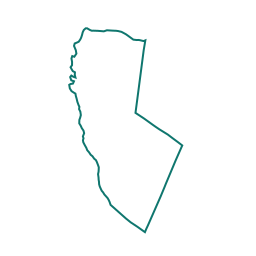 outline of Alto Piquiri, Paraná, Brazil, rotated 170°
{"feature_id": "56859067B25511421043506", "entity_name": "Alto Piquiri", "entity_type": "district", "adm_level": 2, "iso_a3": "BRA", "parent_name": "Brazil", "parent_adm1": "Paraná", "projection": "equal_earth", "projection_center": [-53.368, -24.091], "detail": "fine", "context": "isolated", "style": "outline", "palette": "teal", "viewbox_px": 256, "rotation_deg": 170, "n_neighbors": 0, "source": "geoboundaries", "source_scale": "gbopen_adm2", "svg_char_len": 1616}
<svg xmlns="http://www.w3.org/2000/svg" viewBox="0 0 256 256"><g transform="rotate(170 128 128)"><path d="M173.9,127.5L173.6,125.6L174.5,123.8L174.5,121.7L173.6,118.8L172.5,115.7L172.0,113.2L170.6,110.9L169.4,108.1L167.9,106.4L166.6,103.6L165.2,102.0L164.6,100.0L164.0,96.9L163.6,94.4L164.1,92.0L164.6,90.0L165.5,87.8L165.6,84.5L165.9,82.0L165.9,80.1L166.2,77.7L166.0,75.5L165.4,73.0L164.8,70.8L163.7,68.9L162.8,66.6L161.6,64.7L160.2,62.4L159.5,60.4L159.0,58.5L158.5,55.3L145.8,39.3L141.7,34.6L135.8,29.0L129.4,22.5L127.5,25.5L125.3,28.6L107.7,55.0L102.2,63.6L100.6,66.2L86.7,87.8L77.6,101.4L81.1,105.2L86.5,110.9L89.9,114.6L97.3,121.2L100.4,124.2L102.8,126.6L110.6,134.6L118.0,141.6L114.3,153.3L99.0,202.0L95.7,211.3L97.6,210.9L101.2,212.5L102.5,212.9L104.1,213.1L107.4,214.1L112.3,219.2L113.9,220.8L116.3,222.7L117.7,223.8L120.9,225.2L122.8,225.8L126.0,226.5L131.8,227.9L135.0,227.4L140.7,228.9L144.9,229.8L146.8,230.1L148.4,231.1L151.0,233.3L152.4,233.5L154.5,232.2L156.0,230.1L157.1,227.6L158.5,225.0L159.7,223.4L161.6,221.5L163.5,221.0L165.8,220.5L166.9,218.2L165.9,213.7L165.9,210.2L168.5,207.5L170.4,208.5L171.6,206.3L171.6,202.8L172.2,199.6L174.0,197.8L173.3,195.7L172.5,193.6L170.6,192.1L171.2,189.5L171.0,186.8L173.0,188.0L174.7,189.5L176.1,188.2L175.6,184.8L173.1,183.4L174.5,181.3L177.0,181.3L178.4,180.7L178.4,177.0L177.2,174.1L175.3,172.3L173.8,171.0L173.8,168.6L173.5,165.9L173.3,162.5L172.7,159.1L172.2,157.3L172.9,155.1L172.1,152.4L172.2,148.9L173.3,146.5L174.5,144.4L175.2,141.0L174.2,138.5L173.5,135.8L172.3,133.2L172.1,130.5L173.9,127.5Z" fill="none" stroke="#0f766e" stroke-width="2"/></g></svg>